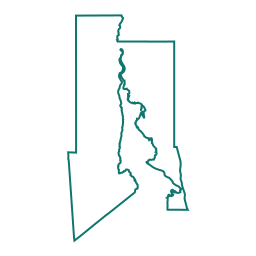 the district of Port Augusta, South Australia, Australia
{"feature_id": "25037944B82439387593982", "entity_name": "Port Augusta", "entity_type": "district", "adm_level": 2, "iso_a3": "AUS", "parent_name": "Australia", "parent_adm1": "South Australia", "projection": "equal_earth", "projection_center": [137.816, -32.616], "detail": "fine", "context": "isolated", "style": "outline", "palette": "teal", "viewbox_px": 256, "rotation_deg": 0, "n_neighbors": 0, "source": "geoboundaries", "source_scale": "gbopen_adm2", "svg_char_len": 5897}
<svg xmlns="http://www.w3.org/2000/svg" viewBox="0 0 256 256"><path d="M174.2,41.5L164.0,41.6L117.6,41.5L117.0,40.0L117.6,39.9L117.8,39.3L117.2,37.4L117.4,36.6L117.3,36.0L118.8,35.0L118.8,34.1L118.4,33.4L118.6,32.4L118.2,31.7L118.4,30.9L118.3,30.4L118.8,29.2L119.8,28.4L120.2,27.7L120.2,26.8L119.8,25.9L119.7,25.2L119.4,25.1L120.2,23.4L120.9,22.7L122.0,20.9L122.4,19.5L122.9,19.0L123.0,18.5L122.9,17.8L122.0,16.9L121.6,16.2L121.5,15.4L76.0,15.6L76.1,152.6L68.2,152.3L68.4,156.5L68.2,158.7L68.7,160.0L74.0,237.1L74.4,240.6L80.0,236.3L93.6,225.2L106.9,214.5L107.3,214.4L134.7,192.5L135.0,191.8L135.1,190.6L135.3,189.6L136.8,188.6L137.2,188.7L137.6,188.3L137.5,187.8L137.7,187.3L137.6,184.7L137.1,184.3L136.8,183.5L136.4,183.2L135.8,182.1L135.1,179.5L134.5,179.2L134.4,179.4L134.1,178.1L133.1,176.8L132.7,176.6L132.0,176.6L131.1,175.7L131.0,175.1L130.4,174.9L130.7,173.1L130.1,172.5L129.5,172.2L129.1,171.7L129.0,170.6L128.7,170.2L127.6,169.6L126.1,169.5L125.7,169.9L125.5,170.7L124.4,171.3L123.8,171.2L123.4,171.9L123.1,171.9L122.7,172.5L120.5,172.9L120.0,173.3L119.1,173.4L118.9,173.1L118.8,172.3L118.9,169.6L118.4,169.1L118.2,168.6L118.1,167.1L118.4,166.7L118.3,166.3L118.1,166.2L118.4,165.7L118.3,165.3L118.8,164.1L119.5,163.7L119.9,163.1L120.4,162.8L120.7,161.7L120.6,161.3L120.6,160.5L120.2,160.3L120.2,159.3L120.5,158.8L120.4,158.0L120.0,157.4L119.9,156.8L119.2,155.8L119.3,155.4L118.7,154.7L118.7,153.5L118.5,152.8L118.7,152.0L119.3,151.2L119.0,149.9L120.0,147.5L119.8,146.8L119.4,146.4L119.7,145.5L119.5,144.5L119.7,144.2L119.5,143.6L120.0,142.9L119.9,142.1L120.4,140.9L120.3,140.4L120.7,139.8L120.8,138.2L121.1,137.3L121.4,136.3L121.5,135.0L121.3,134.2L121.5,132.5L122.5,130.3L122.1,127.3L122.7,126.4L122.7,125.2L123.0,123.3L123.0,122.3L123.2,121.8L122.9,120.8L123.2,119.5L122.9,119.0L122.9,115.9L122.4,114.8L122.3,114.1L122.4,113.2L121.8,111.8L121.9,110.9L121.6,110.1L121.8,109.3L121.5,108.9L121.8,107.7L120.8,106.9L120.7,106.4L120.2,105.8L120.4,105.0L121.0,104.2L121.2,103.5L121.1,102.4L120.6,100.3L119.8,98.7L119.5,97.5L119.2,95.3L118.3,93.4L118.2,92.6L118.2,90.8L118.6,89.7L119.5,88.3L119.9,86.0L120.3,85.1L121.7,83.2L122.1,82.0L121.8,81.4L121.3,81.0L120.9,80.3L119.4,77.6L119.1,76.8L119.1,75.0L119.6,73.8L119.6,73.3L120.2,72.9L120.7,73.7L121.1,72.9L121.6,72.6L121.5,72.4L122.5,71.3L122.3,71.0L123.0,69.3L123.0,67.3L123.3,67.1L123.2,66.7L122.8,66.4L121.0,64.4L120.1,63.0L119.9,61.8L119.4,60.4L119.5,59.5L119.7,59.2L120.1,59.1L120.3,58.6L120.0,58.4L120.7,57.4L121.3,54.9L122.6,53.8L122.8,53.3L122.7,52.3L122.3,51.6L120.4,49.8L120.5,49.5L120.9,49.1L121.7,49.2L122.3,50.4L122.6,50.4L123.0,52.7L122.6,54.3L121.3,55.8L120.9,57.7L120.5,58.9L121.3,61.6L121.3,62.0L122.0,62.7L123.3,65.1L124.0,65.9L124.5,67.6L124.7,67.8L124.7,69.3L124.3,70.8L123.4,72.1L122.5,72.5L122.3,72.9L121.1,73.9L120.5,74.3L120.5,75.2L121.2,75.9L121.3,76.4L121.1,76.6L122.1,78.1L124.1,80.9L124.5,80.8L124.7,84.3L124.2,84.4L123.3,87.7L123.6,88.8L124.3,89.1L125.4,88.9L126.0,89.1L126.8,88.7L127.2,89.4L129.1,90.8L129.2,91.9L129.4,92.5L129.4,92.9L129.0,93.7L128.0,94.0L128.1,95.8L129.2,95.9L129.1,96.5L128.2,96.4L127.9,97.2L128.3,98.3L128.3,99.1L127.7,99.3L128.1,100.4L129.0,101.1L129.3,101.6L130.3,102.4L131.9,102.9L132.4,102.7L132.6,103.2L133.1,103.0L133.7,103.3L134.4,102.7L134.6,103.3L135.2,103.6L135.4,103.5L135.8,102.9L137.6,103.2L137.9,103.1L138.0,102.7L140.5,103.6L141.7,104.4L142.5,105.9L143.3,106.2L144.0,107.0L145.2,109.4L145.5,110.4L143.7,111.6L143.7,114.1L144.2,116.8L144.1,117.6L143.9,117.6L143.7,117.1L142.2,114.8L142.1,114.1L142.3,113.6L142.2,112.8L141.7,113.2L142.1,112.7L142.0,112.0L141.5,112.3L140.7,113.3L140.3,115.2L139.8,115.9L139.7,116.8L139.0,118.2L137.7,119.4L137.7,118.8L137.0,118.7L137.0,119.7L136.3,120.7L136.4,121.0L135.9,121.7L135.5,122.8L135.3,122.9L135.4,123.5L135.7,123.7L135.5,124.5L136.5,125.7L136.4,125.9L136.8,126.6L136.7,127.1L137.0,127.6L138.0,127.4L138.3,127.9L138.4,128.8L138.8,129.6L139.2,130.1L140.5,130.9L140.8,131.4L141.8,132.3L143.2,134.1L143.3,134.5L144.2,135.5L144.3,136.4L145.2,136.8L146.2,137.7L148.6,138.2L149.0,139.3L148.8,139.6L149.1,140.2L150.4,139.5L150.6,139.0L150.5,138.4L151.3,138.2L151.7,138.5L151.9,139.0L151.8,139.6L152.1,140.1L152.0,140.6L151.7,141.2L151.9,141.5L151.9,142.5L152.1,142.5L152.0,143.3L152.4,143.5L152.9,144.4L153.1,145.3L153.4,145.8L156.2,148.7L155.9,149.6L156.2,149.7L156.4,150.9L156.2,151.4L155.8,151.9L156.3,152.0L156.6,153.5L155.9,155.0L155.1,155.2L154.7,156.7L154.9,157.6L154.1,158.8L153.8,159.6L152.5,159.5L151.7,159.9L149.6,159.6L148.9,160.3L148.4,160.4L148.0,161.7L146.6,162.0L146.5,162.4L147.3,163.4L148.3,163.7L148.7,164.3L149.7,164.7L151.1,165.9L153.3,167.4L155.2,168.4L157.8,169.4L162.7,170.9L164.2,172.3L164.7,175.2L165.6,176.2L168.4,177.6L169.1,177.7L172.0,180.7L172.7,181.8L172.7,182.5L173.3,183.4L176.2,185.4L178.5,186.3L180.4,188.4L181.1,188.9L181.0,189.7L180.3,189.9L180.0,190.6L180.4,192.1L178.6,192.9L176.3,192.7L176.2,192.3L175.3,191.5L174.9,192.0L174.7,191.6L174.5,191.8L173.9,191.2L173.1,191.0L173.1,190.8L173.5,190.5L172.6,189.8L172.2,189.8L171.5,190.2L171.0,191.0L171.1,191.8L172.1,193.9L172.5,193.5L172.3,194.2L172.0,194.4L172.1,194.7L172.6,194.8L172.4,195.0L172.4,195.4L173.1,195.3L173.5,195.0L173.4,195.1L173.2,195.3L172.5,195.6L172.2,195.0L171.8,194.9L171.2,195.5L171.1,195.8L171.1,196.4L170.9,196.8L171.1,195.5L170.0,195.5L169.2,194.8L168.6,194.8L168.3,195.7L168.7,196.0L168.8,196.2L168.0,196.3L168.0,197.1L167.8,197.2L167.7,197.5L167.4,197.4L167.0,197.7L167.6,197.9L167.7,199.8L167.4,203.1L167.6,205.5L167.4,208.1L167.5,209.7L187.8,209.8L186.9,207.9L184.7,199.3L184.6,198.3L184.9,194.5L184.7,193.4L182.2,186.1L181.8,182.8L180.6,179.1L180.6,178.1L180.9,175.2L180.0,170.4L180.7,165.1L180.5,161.4L176.7,147.0L174.2,147.0L174.2,41.5ZM141.5,108.2L140.9,109.6L141.0,110.1L141.5,110.6L141.0,109.8L141.1,109.2L141.6,108.4L141.7,107.0L141.5,106.5L141.4,107.2L141.5,108.2Z" fill="none" stroke="#0f766e" stroke-width="2"/></svg>